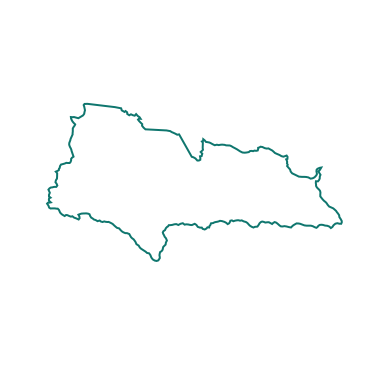 Itaiópolis, Santa Catarina, Brazil, rotated 303°
{"feature_id": "56859067B3149054277416", "entity_name": "Itaiópolis", "entity_type": "district", "adm_level": 2, "iso_a3": "BRA", "parent_name": "Brazil", "parent_adm1": "Santa Catarina", "projection": "equal_earth", "projection_center": [-49.885, -26.509], "detail": "fine", "context": "isolated", "style": "outline", "palette": "teal", "viewbox_px": 384, "rotation_deg": 303, "n_neighbors": 0, "source": "geoboundaries", "source_scale": "gbopen_adm2", "svg_char_len": 5594}
<svg xmlns="http://www.w3.org/2000/svg" viewBox="0 0 384 384"><g transform="rotate(303 192 192)"><path d="M282.9,287.1L281.9,286.0L280.9,285.3L279.8,284.6L278.5,284.4L277.1,285.1L276.0,286.2L275.1,287.0L273.6,287.2L272.4,287.0L271.3,286.8L270.1,286.3L269.0,285.5L267.8,284.2L267.6,281.6L266.7,279.4L265.7,277.7L264.7,276.2L264.0,274.9L263.1,273.2L262.9,271.4L262.6,268.9L262.2,265.8L262.9,263.6L264.3,262.0L265.0,259.5L265.6,257.6L266.9,257.5L267.8,256.0L269.0,255.5L270.0,254.4L270.7,253.2L271.7,254.0L273.5,253.0L274.1,251.5L272.5,250.3L271.4,249.4L270.8,247.5L270.7,245.2L270.4,243.5L270.1,241.8L269.9,240.2L270.2,238.8L270.5,236.7L270.3,234.2L270.2,232.4L269.1,231.0L268.4,229.1L268.1,226.6L267.3,224.8L266.0,224.2L265.1,223.4L263.8,224.2L262.6,224.5L261.5,223.4L260.7,221.8L259.5,221.0L259.0,219.7L258.0,218.4L256.4,217.9L254.8,216.2L253.6,214.7L252.6,212.8L252.3,210.2L252.3,208.5L252.3,206.4L252.1,203.9L251.9,201.8L251.9,200.1L251.6,198.4L250.6,196.7L249.7,195.2L249.3,193.7L248.1,191.4L246.9,189.9L245.9,188.9L245.2,187.1L243.6,185.6L243.3,183.1L243.2,181.4L243.0,179.7L242.2,177.7L241.6,176.5L242.2,174.6L242.4,172.7L240.9,173.5L239.8,172.8L239.3,174.2L237.7,175.2L236.2,176.1L234.7,177.0L233.4,178.2L231.7,177.9L230.3,177.5L229.7,179.8L228.5,180.1L227.4,180.5L226.3,179.3L224.9,180.6L223.5,181.4L222.1,180.6L221.3,179.3L222.0,176.6L221.9,174.3L221.4,172.6L233.3,149.8L232.0,148.4L231.8,146.1L231.5,144.0L231.2,142.4L231.2,140.6L229.7,137.0L219.2,118.8L219.6,116.3L220.4,114.0L221.8,113.3L222.2,111.1L222.7,109.0L223.3,107.3L224.6,107.6L225.4,109.0L226.2,107.2L226.2,105.2L226.9,102.7L224.8,102.4L224.2,100.6L223.9,98.5L222.2,97.6L222.2,95.2L223.5,94.2L223.7,92.2L222.4,91.8L222.2,88.6L223.6,87.0L221.2,81.1L217.4,73.4L209.0,56.3L207.3,53.9L205.9,53.8L205.0,55.0L203.7,56.3L202.3,57.7L201.1,58.1L200.0,58.5L198.9,59.0L196.9,58.9L192.0,56.5L191.3,54.4L190.6,52.2L189.7,51.1L188.9,49.6L187.8,50.5L186.8,52.0L186.1,53.3L185.5,55.2L185.1,57.2L183.9,57.4L182.0,57.3L180.4,57.4L179.0,58.3L177.6,59.2L176.3,59.8L175.3,60.5L170.3,61.3L169.0,61.8L167.5,62.1L166.2,62.4L164.7,63.3L163.4,65.0L162.6,66.5L161.8,67.7L160.9,68.6L157.1,73.4L155.4,72.7L153.9,72.6L152.7,73.4L151.1,73.8L149.7,73.6L148.7,72.1L148.0,70.7L146.6,69.8L145.1,68.5L143.7,67.2L141.8,67.2L140.2,67.9L139.0,67.8L137.8,68.4L136.4,67.7L134.9,66.7L134.3,68.7L133.0,69.5L131.4,70.5L129.6,71.5L128.4,71.4L127.0,71.7L125.8,72.2L125.2,73.9L124.1,75.5L122.4,75.4L121.2,73.6L119.8,72.3L118.8,71.1L117.4,70.5L115.8,70.3L114.9,71.7L113.9,73.2L111.7,73.6L110.4,74.5L110.2,76.4L108.9,75.6L107.7,76.1L106.8,76.8L106.4,79.2L105.5,78.3L104.5,77.0L103.3,76.8L102.4,79.0L101.1,80.7L101.1,82.3L101.9,83.4L102.8,84.8L103.6,86.0L104.2,87.4L104.9,88.5L104.5,90.2L102.9,92.6L102.4,94.8L102.4,96.5L102.5,98.3L104.1,98.9L104.7,100.1L105.0,102.2L105.4,103.9L106.5,104.9L106.3,107.1L106.8,109.2L107.2,111.9L108.8,112.0L110.2,110.8L111.1,109.1L112.5,110.1L113.7,111.1L114.9,112.7L116.5,115.0L117.3,116.8L117.5,118.2L116.5,119.5L115.6,121.4L115.7,123.0L115.5,124.7L116.0,126.5L116.1,128.7L117.8,130.1L117.6,131.6L118.1,133.3L119.5,134.4L120.0,135.9L120.7,137.3L121.5,138.4L121.8,140.4L122.0,142.8L121.6,144.8L121.3,146.7L121.1,148.7L121.8,150.7L121.2,152.7L120.8,154.6L120.8,156.3L121.2,158.5L122.1,159.9L122.6,162.3L121.6,164.1L120.9,165.5L120.6,166.9L120.5,168.9L119.4,171.7L118.0,173.8L118.0,176.5L117.0,178.5L116.7,180.2L116.7,181.7L116.7,183.6L116.7,185.6L116.4,187.5L117.2,189.4L116.4,191.5L114.9,193.6L114.1,195.8L114.2,198.1L114.9,199.9L116.3,201.0L117.6,201.0L119.0,201.0L120.0,200.3L121.3,199.1L123.2,198.3L124.4,198.0L125.7,198.7L127.6,198.8L129.3,198.1L130.4,197.8L131.7,198.1L133.5,198.5L135.5,197.6L137.6,197.4L139.0,195.4L139.6,193.4L140.5,192.1L141.2,190.7L142.2,189.5L143.7,189.4L145.3,190.1L147.4,189.8L149.1,190.1L150.1,190.6L151.5,190.6L152.5,192.0L153.6,193.3L155.3,194.8L156.5,196.3L156.9,198.5L159.1,199.7L160.8,201.3L160.6,203.6L161.7,204.7L162.7,206.5L163.4,208.4L164.2,209.9L165.3,210.6L166.8,211.6L166.8,213.6L165.9,215.8L166.4,217.9L167.5,219.6L166.9,221.0L167.5,223.1L169.2,224.0L170.8,224.2L171.6,225.7L173.0,225.2L174.2,225.4L176.1,225.0L177.4,226.6L178.7,227.3L179.8,228.3L180.8,229.4L181.9,230.4L183.0,231.1L183.9,232.9L184.6,235.4L184.8,237.5L184.5,239.4L186.0,240.2L187.7,240.1L188.8,239.8L189.9,240.9L190.0,242.6L191.4,243.7L192.8,245.2L193.7,246.5L194.1,247.9L195.3,249.2L195.5,251.3L196.2,253.5L196.2,255.3L195.7,257.1L195.3,258.7L195.3,260.9L195.7,262.9L197.0,263.7L198.6,265.7L200.5,265.8L202.6,265.7L204.2,266.1L205.4,266.9L206.0,268.4L206.3,270.1L207.5,271.5L208.5,272.9L208.7,275.1L208.8,276.6L210.4,277.0L211.8,277.7L212.2,279.4L211.9,282.0L211.6,283.7L211.6,285.3L212.4,286.7L213.7,288.1L214.6,290.1L215.4,292.6L216.2,294.4L217.5,294.6L219.3,295.1L220.9,295.9L222.6,296.8L223.5,298.3L224.2,299.9L224.7,302.1L225.2,304.4L226.1,306.3L226.8,307.4L227.5,308.5L228.5,310.0L229.1,311.9L229.3,314.0L229.7,315.8L230.8,316.3L232.3,316.4L233.9,317.0L234.9,318.2L235.7,319.7L236.3,321.8L237.4,324.0L237.8,326.1L237.4,328.1L239.1,328.8L241.2,328.8L243.5,329.5L245.0,330.9L245.7,333.0L246.6,334.4L248.0,334.2L249.2,333.4L250.3,331.4L251.2,329.3L252.7,328.0L253.5,326.1L254.0,324.5L254.6,323.2L254.9,321.5L255.2,319.4L254.9,317.3L254.5,314.9L255.2,312.6L255.9,311.1L256.3,309.6L256.5,307.5L257.0,305.5L257.6,303.7L258.2,302.0L259.7,301.0L261.5,300.0L262.6,298.9L263.2,297.4L263.5,295.7L263.9,294.1L264.7,292.7L265.8,292.0L267.0,290.9L268.5,290.1L269.5,291.8L271.2,292.0L272.8,291.8L274.7,290.7L276.4,290.4L277.4,288.2L278.3,286.8L279.6,287.2L281.1,287.2L282.9,287.1Z" fill="none" stroke="#0f766e" stroke-width="2"/></g></svg>